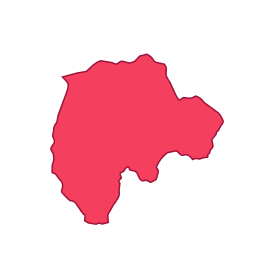 Lop Buri, orthographic projection, rotated 333°
{"feature_id": "THA-408", "entity_name": "Lop Buri", "entity_type": "Province", "adm_level": 1, "iso_a3": "THA", "parent_name": "Thailand", "parent_adm1": "", "projection": "orthographic", "projection_center": [100.946, 15.077], "detail": "fine", "context": "isolated", "style": "filled", "palette": "rose", "viewbox_px": 256, "rotation_deg": 333, "n_neighbors": 0, "source": "natural_earth", "source_scale": "10m", "svg_char_len": 3620}
<svg xmlns="http://www.w3.org/2000/svg" viewBox="0 0 256 256"><g transform="rotate(333 128 128)"><path d="M189.4,87.7L189.5,91.0L189.1,92.5L186.4,97.1L185.7,98.9L185.7,103.4L186.1,106.3L185.5,120.7L185.7,124.1L186.1,126.0L186.7,126.3L187.4,126.4L188.1,126.5L188.8,126.4L190.2,126.2L190.8,126.1L191.4,126.2L191.9,126.5L195.8,129.2L198.3,130.1L199.7,130.3L200.4,130.3L201.8,130.2L202.4,130.2L202.9,130.4L203.3,130.8L204.3,131.9L205.9,134.5L206.6,136.1L207.0,138.3L207.6,140.3L215.3,155.6L215.8,157.1L216.0,158.5L216.1,163.8L215.9,164.8L215.7,165.5L215.3,166.0L214.9,166.4L214.4,166.8L213.4,167.4L212.3,167.8L207.9,170.9L206.7,171.4L205.5,171.7L205.0,172.0L204.6,172.4L203.4,173.7L202.9,174.0L198.4,175.9L197.9,176.2L197.5,176.6L197.1,177.4L196.7,178.6L196.2,180.8L195.8,182.0L195.4,182.8L195.0,183.2L194.6,183.6L194.1,183.9L191.8,184.9L191.3,185.2L190.9,185.5L190.1,186.4L189.7,186.9L189.3,187.3L188.8,187.6L187.5,187.7L187.0,188.0L186.7,188.5L186.2,189.6L185.8,190.0L185.2,190.0L184.6,189.8L183.5,189.3L180.3,188.4L178.1,188.2L177.5,188.0L177.0,187.7L175.6,186.4L175.4,186.4L174.5,186.0L172.6,185.5L171.1,185.3L171.1,184.3L170.9,183.1L170.0,180.8L169.3,179.8L168.6,178.9L167.6,178.2L166.5,177.7L165.2,177.4L164.5,177.2L164.0,176.9L163.5,176.6L163.2,176.1L162.8,175.6L161.3,171.5L161.0,171.0L160.6,170.5L160.1,170.2L159.5,169.9L152.3,168.0L151.0,168.0L144.5,170.0L140.1,172.3L136.1,175.1L135.5,176.0L135.3,176.8L135.5,177.4L135.7,178.7L135.6,179.4L135.4,180.0L135.2,180.5L131.8,184.6L129.8,186.5L127.8,186.8L125.0,186.8L123.2,186.5L122.6,185.3L122.3,184.8L120.7,183.1L120.2,182.7L119.7,182.5L118.3,182.2L117.7,182.0L117.2,181.8L116.7,181.4L116.4,181.0L116.1,180.5L115.8,179.9L115.4,177.9L115.4,177.1L115.5,174.2L115.6,173.3L115.7,172.6L115.6,171.9L115.4,171.3L115.2,170.8L114.6,169.7L114.3,169.3L113.9,168.9L111.0,166.7L110.7,166.2L110.6,165.7L110.6,165.0L110.9,163.9L110.8,163.3L110.5,162.9L110.0,162.6L109.1,162.6L108.2,162.7L106.8,163.2L104.9,164.4L104.3,164.5L103.7,164.7L101.5,164.6L100.9,164.7L100.4,165.1L99.9,165.8L99.7,167.0L99.6,168.7L99.3,169.4L98.7,169.8L97.6,170.3L96.7,170.4L96.0,170.7L95.6,171.1L95.5,171.9L95.6,172.6L95.7,173.3L95.2,174.3L91.8,179.4L90.6,182.1L89.3,184.2L88.5,184.9L87.3,185.9L82.1,188.9L80.2,189.7L74.5,193.6L71.8,195.1L70.3,196.7L67.5,203.2L62.1,202.0L61.1,201.5L60.0,200.5L59.4,199.8L58.6,199.4L55.9,199.2L54.0,197.8L50.6,195.4L49.1,193.9L47.3,190.8L49.7,187.2L50.1,186.1L49.7,185.2L49.3,184.7L48.6,181.3L47.3,171.0L47.0,170.2L46.8,169.8L46.4,169.1L46.1,168.7L45.1,167.6L44.5,167.1L43.7,166.7L43.0,165.5L42.2,163.5L40.0,156.3L39.9,154.8L40.1,154.2L40.8,153.2L43.1,150.7L43.9,149.0L44.4,147.1L44.5,146.0L44.4,145.2L44.0,144.0L42.5,136.0L42.2,135.5L40.4,133.6L40.4,132.8L40.5,132.3L41.5,130.9L43.3,127.2L46.1,124.1L46.8,123.6L47.2,123.1L47.8,122.1L49.6,117.6L49.7,116.9L49.5,113.2L49.6,112.5L49.8,111.8L50.2,111.1L50.9,110.4L53.2,109.0L54.4,108.4L54.9,108.1L55.8,107.4L56.2,106.8L56.6,106.0L57.0,103.8L57.0,102.9L57.2,101.4L57.4,100.8L58.5,99.1L59.9,97.5L61.6,94.9L62.7,93.5L64.3,92.1L66.4,91.0L67.0,90.7L67.7,90.0L71.7,84.8L90.8,67.2L92.6,65.1L93.6,63.7L94.5,61.9L94.7,61.1L94.5,58.8L92.8,52.8L107.9,56.0L115.5,58.4L116.3,58.5L117.0,58.5L117.7,58.4L125.2,56.2L130.0,55.5L133.1,55.5L133.7,55.6L135.1,56.3L143.4,62.5L144.8,64.3L145.6,65.1L146.2,65.5L147.0,65.7L148.3,65.8L150.7,65.4L152.0,65.4L152.9,65.8L153.9,66.5L157.9,70.1L158.7,70.6L159.7,71.0L161.8,71.5L164.1,71.6L166.1,71.1L170.3,69.5L170.8,69.4L171.5,69.3L175.9,70.4L177.6,70.5L178.4,71.1L179.3,72.2L180.7,75.1L181.2,76.6L181.4,77.9L181.5,80.2L183.0,82.4L189.4,87.7Z" fill="#f43f5e" stroke="#9f1239" stroke-width="1.5"/></g></svg>